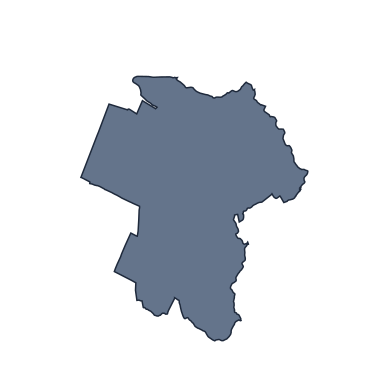 Urlati, Prahova, Romania (orthographic projection), rotated 129°
{"feature_id": "2599482B73103254807703", "entity_name": "Urlati", "entity_type": "district", "adm_level": 2, "iso_a3": "ROU", "parent_name": "Romania", "parent_adm1": "Prahova", "projection": "orthographic", "projection_center": [26.251, 44.997], "detail": "fine", "context": "isolated", "style": "filled", "palette": "slate", "viewbox_px": 384, "rotation_deg": 129, "n_neighbors": 0, "source": "geoboundaries", "source_scale": "gbopen_adm2", "svg_char_len": 6008}
<svg xmlns="http://www.w3.org/2000/svg" viewBox="0 0 384 384"><g transform="rotate(129 192 192)"><path d="M208.2,301.2L250.6,287.5L250.3,286.8L248.5,278.0L248.6,277.5L249.8,276.8L248.6,274.5L247.9,272.0L246.8,269.8L246.4,269.3L245.7,266.9L244.8,262.0L244.9,261.2L244.8,260.9L244.6,260.6L242.8,253.5L242.8,253.1L242.3,250.5L241.8,248.6L241.2,245.2L240.9,242.8L238.9,234.5L238.4,232.8L238.0,230.9L236.1,223.8L237.1,222.9L239.3,221.7L246.8,216.1L256.4,209.2L260.8,206.7L261.1,207.3L262.4,213.7L275.5,210.3L284.6,207.7L287.3,206.7L295.2,204.7L299.6,203.4L302.7,202.3L298.8,183.7L297.9,178.5L303.9,174.1L310.9,166.6L309.5,165.3L308.8,163.3L308.1,162.3L312.4,157.2L312.4,156.9L311.9,156.7L311.8,156.3L311.6,155.2L311.9,154.4L311.8,153.6L311.2,152.8L311.1,151.0L310.6,149.0L310.9,145.6L311.4,143.7L310.6,141.8L310.5,141.3L309.6,140.1L308.3,139.6L307.8,139.1L305.1,138.8L304.7,138.6L303.6,137.1L303.6,135.8L303.0,135.0L302.3,134.4L302.1,134.4L300.5,135.2L298.5,135.8L286.0,138.5L285.3,138.7L285.1,138.9L284.8,136.8L284.8,135.3L284.4,134.2L284.5,133.8L284.9,133.2L286.1,132.2L287.3,130.2L289.1,128.1L291.4,125.1L293.6,121.6L294.4,120.2L295.0,118.6L295.0,118.1L294.7,117.6L293.0,116.9L292.5,116.5L292.3,116.0L292.9,113.9L293.0,113.3L292.8,112.1L293.3,109.4L293.2,108.5L294.5,105.0L294.3,102.7L294.1,101.5L293.6,100.3L293.5,99.2L293.1,97.9L293.0,96.4L292.4,94.7L292.3,94.0L292.5,93.0L293.1,91.7L294.1,89.0L294.3,87.9L293.9,82.7L293.3,80.6L292.3,80.4L291.6,80.0L289.7,78.3L289.4,77.8L289.1,76.3L288.8,75.3L288.0,74.3L287.4,74.0L286.0,73.4L284.3,72.5L281.0,72.2L278.3,72.4L276.5,73.2L275.4,74.1L274.0,74.8L269.9,75.6L268.3,75.7L267.2,76.3L265.9,76.4L264.9,76.3L262.0,75.1L261.7,74.5L261.7,73.6L261.4,73.2L261.0,73.0L260.7,73.6L259.7,74.4L258.3,77.5L258.1,78.2L258.0,78.7L258.6,80.2L258.1,81.3L258.2,82.1L258.6,82.9L258.6,83.2L258.4,83.5L257.5,84.4L257.4,84.3L256.8,84.8L255.3,87.0L253.6,87.9L251.8,89.5L251.2,90.6L250.9,90.9L247.6,92.5L246.0,93.7L245.0,94.0L244.3,94.5L244.1,95.0L244.2,96.5L244.0,97.1L242.9,99.6L242.9,101.2L241.9,102.1L240.5,102.7L237.8,103.2L236.3,102.5L233.6,101.8L232.6,102.2L231.2,103.9L230.3,104.2L226.1,104.8L224.9,104.7L223.1,104.9L221.3,104.6L218.5,104.9L217.7,105.2L217.4,105.5L216.6,107.5L216.1,108.2L215.6,108.4L214.1,108.3L212.1,107.8L211.4,107.9L210.4,108.5L209.6,109.3L208.0,111.3L205.8,112.8L204.0,114.6L202.9,115.5L201.7,115.8L199.5,115.7L198.5,115.9L198.1,116.0L197.1,115.3L196.9,115.5L196.7,115.8L196.7,116.2L196.1,116.8L195.9,117.2L196.9,117.1L197.9,116.7L198.0,116.7L198.2,117.5L199.6,118.4L199.8,119.0L199.8,120.1L198.4,122.1L198.1,123.1L197.9,125.1L198.0,125.6L198.9,126.8L199.0,127.3L198.3,129.8L197.4,131.3L197.1,131.5L196.8,131.5L195.4,130.8L193.5,131.0L193.0,131.4L191.8,132.9L190.6,135.9L188.9,137.9L188.7,138.3L188.4,139.2L187.6,142.1L187.4,142.4L184.0,143.7L183.1,144.4L181.1,142.9L180.7,142.4L185.6,136.4L182.0,135.1L181.3,135.1L180.6,135.2L179.1,136.0L177.3,137.5L177.1,138.0L177.1,138.6L176.9,139.0L176.0,139.0L174.8,139.8L174.6,139.8L174.2,139.6L173.4,138.8L172.9,138.5L172.4,138.3L171.1,138.3L170.4,138.6L169.8,138.7L168.7,137.9L168.4,137.3L167.9,136.8L166.2,136.2L164.2,136.1L162.3,135.4L161.5,134.9L159.8,134.3L157.8,133.2L156.3,131.7L155.8,131.3L143.9,128.6L143.1,128.7L144.3,125.5L144.4,124.5L144.2,122.9L143.7,122.3L143.3,122.1L139.8,121.2L140.2,119.7L142.4,114.0L139.4,112.2L138.4,112.2L137.5,111.9L136.0,110.6L134.7,109.7L134.1,109.2L132.5,108.7L131.9,108.6L131.2,108.7L130.3,108.9L129.5,108.7L129.2,109.0L126.2,109.1L123.7,109.1L123.7,108.8L122.6,108.9L122.5,109.2L121.9,109.2L122.4,109.7L122.3,110.0L120.4,110.2L120.8,110.8L116.7,110.9L114.7,110.4L113.7,110.4L112.9,110.9L112.8,111.0L112.7,111.7L112.5,112.1L110.9,113.6L110.0,113.9L109.0,114.0L106.3,113.7L104.6,114.1L102.9,115.1L103.0,116.2L103.6,117.3L103.8,118.8L104.5,119.9L105.5,120.9L105.6,121.9L106.0,123.0L106.0,123.3L105.9,124.5L106.0,125.6L105.4,127.4L105.3,128.3L104.7,130.1L104.4,131.5L104.0,132.1L102.1,133.7L100.2,135.9L100.0,136.4L99.0,139.3L98.8,139.5L97.3,140.3L96.6,140.7L95.4,143.0L95.0,144.2L94.8,145.6L94.9,145.8L95.9,146.8L96.2,147.2L96.4,148.0L96.4,149.3L93.3,154.8L93.0,155.1L90.3,156.6L89.6,156.8L88.3,156.8L87.4,157.3L86.9,158.0L85.8,160.4L85.8,160.7L87.0,162.3L88.4,164.0L88.5,164.5L88.4,165.5L88.2,166.2L87.8,168.0L87.3,168.9L85.5,170.4L85.1,170.6L83.8,170.8L83.3,171.1L82.1,174.2L82.0,174.6L82.1,175.1L82.3,175.8L83.4,177.8L83.6,178.1L84.2,178.4L84.3,178.8L83.4,180.7L83.8,185.6L83.8,186.3L83.4,187.3L83.1,187.8L79.1,188.8L80.6,193.1L80.9,193.2L81.1,193.4L81.0,195.2L81.1,196.2L81.1,197.5L80.9,198.2L80.4,199.4L80.7,202.1L80.5,202.9L79.9,203.3L78.1,203.7L76.3,204.4L74.6,206.1L73.6,207.5L73.0,207.9L74.1,208.2L74.3,208.5L73.2,210.8L71.7,213.0L71.6,213.9L72.5,217.3L72.6,219.0L74.8,219.3L77.5,219.3L79.0,219.6L81.9,219.0L85.1,219.9L86.3,220.9L86.6,221.4L86.9,222.0L87.4,223.9L87.7,224.5L88.0,224.7L88.7,225.0L91.9,225.7L92.3,226.6L92.8,227.0L94.6,227.1L97.1,227.9L97.8,228.3L99.4,228.6L100.5,229.6L102.6,232.4L103.4,233.1L104.6,233.5L105.1,234.1L105.3,234.4L105.5,235.1L105.2,236.4L105.2,236.7L105.9,238.1L106.6,240.8L107.8,242.9L110.1,248.0L110.9,251.2L111.0,252.5L110.8,255.0L110.4,256.5L110.4,256.9L110.7,257.8L111.3,258.8L114.4,261.7L114.7,262.3L114.7,263.1L114.1,264.9L114.0,266.8L113.9,270.5L114.1,271.7L114.3,272.5L114.3,274.6L114.1,275.2L113.8,275.6L113.5,275.7L112.9,275.3L112.3,275.4L113.5,276.6L113.6,277.2L113.8,277.6L114.3,277.8L115.2,278.7L115.5,279.7L116.5,281.7L122.3,288.7L126.9,293.9L127.6,294.9L129.6,298.4L135.7,306.2L136.8,307.5L137.2,307.7L138.8,308.6L140.2,309.0L141.5,308.8L142.0,308.6L142.8,308.1L143.2,307.6L143.4,307.2L143.5,305.7L143.2,304.3L143.0,301.4L143.0,300.3L143.3,299.3L144.8,296.5L147.1,293.9L148.3,293.2L148.8,292.8L148.9,292.4L149.3,287.0L149.6,284.4L149.0,279.6L149.2,278.5L149.2,277.2L148.6,275.5L148.2,273.5L148.1,273.1L148.1,272.5L150.2,272.7L151.2,280.4L152.1,287.0L152.2,288.0L166.1,284.1L167.1,292.8L167.3,293.3L167.9,293.8L168.7,293.7L175.9,311.8L204.2,302.4L208.2,301.2Z" fill="#64748b" stroke="#1e293b" stroke-width="1.5"/></g></svg>